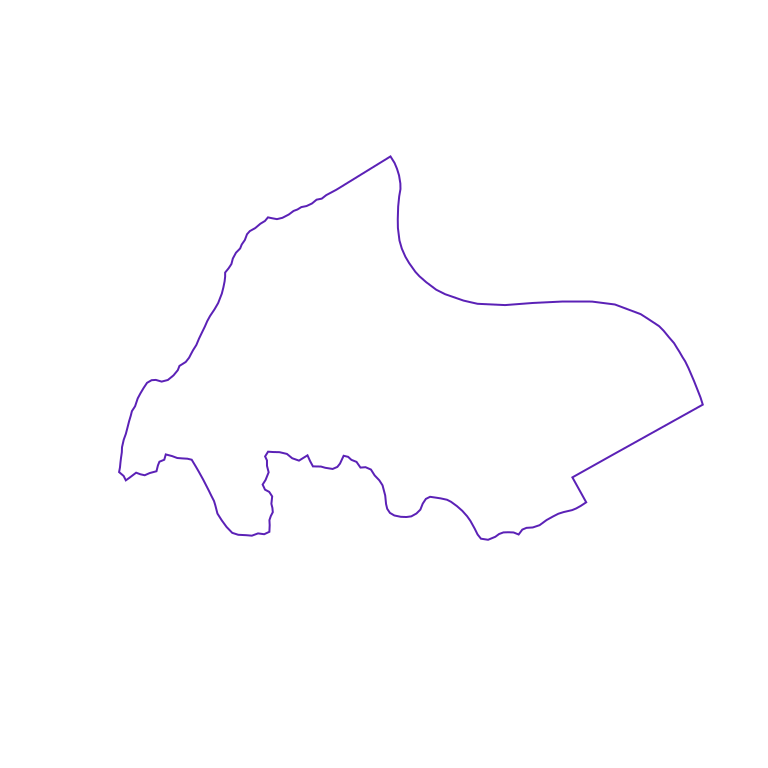 the district of Salvador, Bahia, Brazil, rotated 151°
{"feature_id": "56859067B88878728392294", "entity_name": "Salvador", "entity_type": "district", "adm_level": 2, "iso_a3": "BRA", "parent_name": "Brazil", "parent_adm1": "Bahia", "projection": "albers", "projection_center": [-38.466, -12.875], "detail": "fine", "context": "isolated", "style": "outline", "palette": "violet", "viewbox_px": 768, "rotation_deg": 151, "n_neighbors": 0, "source": "geoboundaries", "source_scale": "gbopen_adm2", "svg_char_len": 2938}
<svg xmlns="http://www.w3.org/2000/svg" viewBox="0 0 768 768"><g transform="rotate(151 384 384)"><path d="M339.2,187.1L333.6,189.6L329.1,189.1L323.4,186.4L316.4,185.1L307.7,186.2L300.3,186.2L294.4,186.0L289.0,184.9L280.6,182.5L276.3,182.0L271.1,182.0L264.5,182.5L264.5,211.0L219.0,211.2L115.2,211.4L113.7,218.8L112.6,227.1L111.4,236.4L110.9,241.3L110.0,250.2L109.6,257.8L109.9,262.6L110.0,269.0L110.3,273.9L110.5,279.1L112.1,286.7L113.6,295.0L115.3,301.1L121.4,312.8L125.6,320.6L143.5,341.6L162.2,355.3L187.5,369.4L214.5,382.7L239.8,394.3L263.3,408.8L268.8,413.7L274.0,418.4L287.0,432.9L292.6,441.1L297.7,452.5L300.8,461.1L302.2,466.9L303.4,477.6L303.6,484.9L302.8,493.7L300.9,502.0L296.2,513.7L292.1,521.4L285.6,532.3L279.7,540.8L275.1,546.5L272.5,551.4L269.7,559.2L268.3,565.9L267.6,572.2L268.0,579.9L331.5,577.0L342.9,577.2L348.6,576.3L353.6,577.9L359.5,576.8L365.5,577.2L370.5,578.8L375.1,578.6L379.2,579.2L385.1,578.4L392.3,578.6L397.7,580.1L401.6,583.3L404.7,586.0L409.1,584.3L414.5,584.1L421.0,582.8L427.2,582.8L431.2,581.4L435.9,577.4L440.8,575.0L444.1,572.3L449.8,570.6L455.4,567.0L459.3,562.9L463.7,560.6L468.9,558.5L470.9,554.9L473.6,551.1L477.6,546.4L482.0,541.7L485.5,538.8L489.8,535.2L496.0,531.5L503.2,527.8L508.1,524.7L512.8,521.1L518.1,517.4L523.9,513.3L529.2,509.1L534.7,506.1L538.4,503.7L541.7,501.5L546.7,499.4L554.1,499.0L557.6,496.1L563.9,493.6L571.1,492.3L577.3,493.9L581.6,498.2L585.4,500.0L590.7,499.9L596.3,497.0L601.6,493.9L606.4,490.8L612.5,485.2L617.6,482.5L621.0,478.9L624.9,475.1L629.9,469.8L634.0,465.5L638.6,461.5L643.8,455.7L646.4,451.4L649.9,446.8L652.5,443.2L655.4,439.0L658.4,435.4L656.3,429.8L656.5,424.9L652.1,425.4L643.8,426.6L640.8,423.1L637.5,420.2L632.1,419.7L625.3,418.0L621.2,422.4L618.1,424.9L612.9,424.3L609.0,428.2L604.3,423.7L600.7,419.5L596.0,416.4L592.2,414.0L588.9,411.0L588.6,402.6L588.5,397.0L588.5,388.0L588.9,375.7L589.2,370.1L589.4,364.1L590.3,359.9L592.5,351.4L592.0,343.3L591.0,335.3L588.9,327.4L584.6,322.8L577.7,318.5L573.1,315.4L566.6,314.4L561.6,310.7L555.9,310.3L552.4,316.0L550.2,320.5L547.0,323.4L543.4,325.8L541.7,329.7L540.6,333.8L536.3,339.9L536.7,345.3L539.3,349.3L538.9,354.9L534.1,357.5L527.7,362.7L526.0,369.2L523.4,373.9L523.1,378.3L518.2,381.0L514.2,378.4L508.4,375.0L502.8,369.9L500.3,363.6L495.5,358.2L489.9,358.5L485.5,358.7L486.0,352.6L486.1,346.4L479.2,342.4L476.0,339.2L470.1,334.6L465.0,334.1L461.1,335.7L454.1,340.8L450.7,337.7L449.3,333.5L445.8,329.2L445.1,322.3L440.5,320.2L436.9,315.5L436.5,308.6L434.8,302.1L434.4,296.1L437.0,285.9L440.4,278.0L441.7,273.3L441.3,268.4L438.7,264.0L433.7,259.7L428.9,256.8L424.3,255.0L418.4,255.0L413.1,256.5L408.1,260.6L403.1,263.2L398.4,263.0L394.3,259.9L389.9,256.5L385.0,252.2L382.5,248.5L379.4,241.8L377.0,235.1L375.4,228.0L374.8,222.4L374.8,213.5L375.1,207.0L374.2,201.7L368.5,197.3L360.7,196.4L356.1,197.0L351.5,196.3L347.0,194.0L342.6,191.3L339.2,187.1Z" fill="none" stroke="#5b21b6" stroke-width="2"/></g></svg>